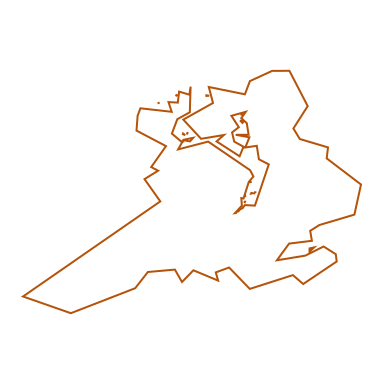 outline of Milford Lea-3, Donegal, Ireland
{"feature_id": "5873133B66186119395880", "entity_name": "Milford Lea-3", "entity_type": "district", "adm_level": 2, "iso_a3": "IRL", "parent_name": "Ireland", "parent_adm1": "Donegal", "projection": "equal_earth", "projection_center": [-7.731, 55.125], "detail": "medium", "context": "isolated", "style": "outline", "palette": "amber", "viewbox_px": 384, "rotation_deg": 0, "n_neighbors": 0, "source": "geoboundaries", "source_scale": "gbopen_adm2", "svg_char_len": 1923}
<svg xmlns="http://www.w3.org/2000/svg" viewBox="0 0 384 384"><path d="M23.0,296.5L70.8,313.2L135.2,288.2L147.9,272.0L174.9,269.6L182.0,282.0L193.4,270.3L218.1,280.6L215.8,272.4L229.1,267.5L249.8,288.9L292.9,275.1L303.2,284.0L336.7,261.5L335.8,254.2L323.6,246.5L305.4,255.6L276.9,260.3L289.1,243.6L311.9,240.8L310.2,230.8L319.4,225.0L354.4,214.6L361.0,184.5L326.7,158.4L328.0,147.4L299.8,139.0L293.4,128.5L307.7,106.1L289.4,70.8L272.1,70.9L249.9,81.1L244.9,94.3L208.8,87.0L213.0,103.0L183.3,119.6L201.1,138.8L223.9,135.0L216.6,141.4L239.6,156.3L243.5,146.7L234.2,141.6L232.1,132.4L238.8,127.2L231.4,115.8L245.8,111.8L241.3,118.1L246.8,123.2L248.6,134.8L235.7,134.8L249.4,137.3L245.3,147.5L256.8,145.8L258.9,159.3L268.8,164.4L254.9,205.6L244.9,205.1L242.5,208.3L240.3,209.2L238.2,211.5L236.5,211.7L236.1,212.9L235.0,213.1L241.9,205.6L241.3,198.1L243.5,198.5L248.8,181.9L253.4,176.5L250.1,170.2L208.2,141.6L178.1,149.4L182.1,142.3L171.9,133.6L177.3,119.2L189.8,112.3L190.6,86.6L189.4,94.7L179.1,91.6L177.8,102.6L168.5,102.1L171.7,111.8L140.4,108.3L137.6,115.8L136.5,130.6L166.0,146.1L151.2,167.1L158.1,170.7L144.5,179.1L160.3,201.4L23.0,296.5ZM193.2,137.8L182.6,140.0L190.0,141.4L193.2,137.8ZM314.1,247.4L309.6,248.4L309.5,251.6L314.1,247.4ZM240.1,120.4L242.4,122.9L243.3,121.7L240.1,120.4ZM209.2,95.8L206.4,95.3L206.4,95.9L209.2,95.8ZM185.2,135.2L183.1,133.5L182.9,134.2L185.2,135.2ZM254.9,192.2L253.4,194.1L255.2,192.3L254.9,192.2ZM243.9,201.6L244.8,202.2L245.0,201.7L243.9,201.6ZM187.2,133.5L188.1,132.3L187.1,133.3L187.2,133.5ZM158.7,102.8L157.7,103.4L159.5,102.7L158.7,102.8ZM251.4,192.9L251.1,193.6L252.8,193.2L251.4,192.9ZM241.2,114.6L242.8,114.5L240.7,114.3L241.2,114.6ZM245.2,196.2L245.1,195.3L244.5,196.2L245.2,196.2ZM176.9,95.3L175.7,94.7L176.4,95.6L176.9,95.3ZM249.5,182.4L250.7,182.1L250.6,181.6L249.5,182.4ZM183.0,141.4L182.9,141.1L181.7,141.2L183.0,141.4Z" fill="none" stroke="#b45309" stroke-width="2"/></svg>